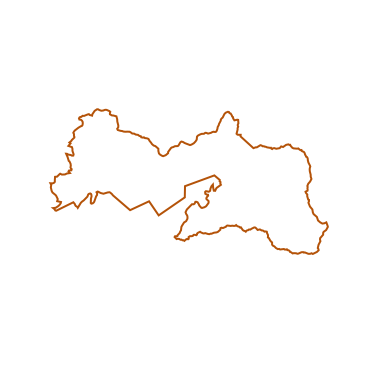 outline of Vale do Anari, Rondônia, Brazil, rotated 221°
{"feature_id": "56859067B14375252511303", "entity_name": "Vale do Anari", "entity_type": "district", "adm_level": 2, "iso_a3": "BRA", "parent_name": "Brazil", "parent_adm1": "Rondônia", "projection": "albers", "projection_center": [-61.937, -9.691], "detail": "fine", "context": "isolated", "style": "outline", "palette": "amber", "viewbox_px": 384, "rotation_deg": 221, "n_neighbors": 0, "source": "geoboundaries", "source_scale": "gbopen_adm2", "svg_char_len": 6095}
<svg xmlns="http://www.w3.org/2000/svg" viewBox="0 0 384 384"><g transform="rotate(221 192 192)"><path d="M298.7,199.5L301.6,198.1L302.6,197.3L304.9,196.8L305.7,197.6L306.3,198.9L307.3,198.9L310.2,198.0L311.0,197.5L311.7,196.7L312.5,195.2L313.8,193.8L315.9,193.0L316.9,192.9L317.9,192.2L318.7,189.4L318.2,185.3L317.5,184.1L319.8,183.0L320.9,183.1L321.6,182.1L323.4,178.6L324.6,177.7L324.8,176.1L325.5,175.4L325.8,174.5L325.6,173.4L324.5,172.8L323.7,173.4L322.9,173.7L321.6,173.6L320.4,173.1L319.2,171.8L318.5,170.5L318.5,169.4L319.0,168.8L319.9,166.0L320.8,161.5L320.7,160.0L320.4,158.8L319.1,158.3L317.8,156.8L317.0,156.5L316.5,155.9L316.8,152.4L316.6,151.4L317.0,148.9L315.6,149.0L315.5,145.7L312.0,147.1L310.5,146.1L309.2,144.6L306.1,142.8L305.5,141.6L306.4,140.7L307.7,140.4L309.9,139.1L311.4,138.8L312.1,138.3L308.9,136.8L305.4,134.6L304.5,134.7L302.1,133.6L300.7,132.3L299.9,130.9L298.7,130.3L297.8,130.3L297.3,129.2L298.9,127.5L298.7,126.5L296.6,126.2L298.6,123.8L299.4,121.9L301.6,119.8L303.5,119.3L303.7,118.0L303.9,115.1L305.3,113.6L303.2,110.8L302.5,110.1L302.1,109.3L302.2,108.4L302.9,107.0L304.6,105.7L302.9,105.0L301.6,102.9L298.7,100.8L297.0,100.1L292.8,100.2L291.7,99.9L288.7,98.6L287.7,96.6L284.3,98.5L283.7,97.4L283.5,95.3L283.7,93.6L284.5,90.7L286.2,88.8L284.8,88.9L283.0,88.4L282.2,88.8L274.8,106.4L272.4,106.0L271.4,105.4L270.6,105.2L268.9,105.5L267.8,105.1L268.8,110.9L268.7,112.5L268.2,114.6L267.9,119.9L268.7,122.0L268.6,122.9L267.9,124.1L267.0,124.3L266.0,123.8L264.9,122.7L263.9,120.7L261.2,117.3L260.3,117.2L259.5,118.3L259.3,119.6L259.4,120.5L261.5,125.8L261.7,127.4L262.6,128.7L263.9,129.2L263.6,130.3L262.9,130.7L260.3,131.3L257.7,132.6L255.3,136.4L254.1,137.7L253.3,137.9L251.0,137.9L249.5,137.6L226.8,137.7L218.3,156.8L201.8,152.5L193.9,183.2L201.1,191.8L186.0,219.2L178.9,219.3L178.2,218.2L177.0,218.2L176.2,217.0L174.9,216.4L176.1,211.3L175.9,210.0L175.3,208.1L176.4,207.3L179.3,209.5L181.1,211.3L181.1,209.1L180.3,206.7L179.1,204.8L179.5,203.2L181.4,202.2L182.1,201.6L182.1,200.6L180.8,199.4L179.0,199.8L178.1,200.4L177.4,199.8L177.4,197.7L177.1,196.7L176.3,196.1L173.8,196.1L172.9,195.4L172.3,194.4L172.0,190.5L172.6,188.7L174.0,186.5L174.8,186.2L177.7,186.6L178.8,187.2L181.1,187.9L182.4,187.4L183.0,186.8L182.4,185.0L182.7,183.8L184.0,182.7L184.4,175.4L183.6,172.5L182.0,171.6L180.2,171.1L179.0,170.2L177.9,168.8L177.3,166.1L178.0,163.8L177.4,160.0L177.1,158.7L175.2,155.9L174.9,154.3L174.4,153.0L174.5,150.0L174.1,149.1L175.8,147.4L175.6,146.6L172.7,146.4L172.1,147.3L170.8,148.2L169.4,148.4L168.7,149.2L167.5,149.3L166.8,150.0L165.7,150.1L165.4,152.3L164.9,153.4L164.0,153.7L163.8,154.5L165.0,155.9L164.5,157.4L163.4,158.3L162.6,159.3L162.7,160.7L161.7,161.6L160.4,162.2L160.3,163.1L160.9,164.0L160.7,165.2L159.8,167.3L158.6,167.4L156.4,168.1L155.6,168.8L155.1,169.6L152.2,170.9L151.2,171.6L150.6,172.8L149.9,173.3L148.7,175.7L146.9,177.7L146.3,178.9L145.9,182.1L146.8,183.4L146.3,184.4L145.0,185.1L143.6,188.0L143.7,189.1L143.3,189.9L140.5,191.8L139.5,193.0L138.5,193.6L137.3,194.7L137.0,196.0L135.5,195.9L133.3,196.8L132.3,196.7L131.9,197.4L128.7,196.6L127.6,196.7L126.6,197.2L125.4,197.3L125.5,198.1L125.3,199.1L124.6,200.0L124.4,201.1L123.3,201.9L123.0,203.2L121.8,206.1L120.9,206.7L119.6,206.7L117.6,206.4L116.2,208.3L114.2,208.7L113.5,209.3L112.5,209.6L111.3,209.6L110.5,210.6L109.5,211.1L108.4,210.2L106.5,209.4L105.8,208.7L104.9,207.5L103.9,207.7L101.2,206.7L99.4,206.4L98.5,206.5L97.0,204.8L95.5,204.6L94.2,205.0L91.9,204.8L89.8,205.2L88.8,206.3L87.8,206.4L85.2,209.3L84.4,209.3L83.4,210.1L82.8,211.0L81.9,210.7L80.9,211.4L79.5,211.5L78.7,211.1L77.9,211.5L75.7,211.7L75.1,212.6L73.2,214.1L72.0,214.5L71.3,215.3L69.9,218.3L68.6,219.6L67.7,219.7L67.3,220.4L63.6,221.7L62.2,223.0L61.6,224.2L60.2,224.5L58.4,228.7L58.2,231.1L59.2,231.9L60.3,232.2L61.9,235.3L62.8,239.1L64.1,240.0L65.0,241.2L65.0,245.8L66.2,247.2L66.5,248.3L65.8,251.3L66.6,254.8L67.4,255.4L70.7,257.2L71.6,255.2L72.9,253.7L75.3,253.2L78.2,253.2L81.4,255.1L85.7,255.1L87.3,255.8L89.7,257.8L93.4,258.4L97.1,260.3L97.7,261.9L98.6,262.8L99.3,262.5L102.4,264.5L103.3,265.7L105.5,266.1L106.5,266.7L105.7,268.8L106.4,269.8L107.3,270.5L108.0,271.7L108.9,272.2L109.7,274.5L109.7,277.3L110.4,280.2L112.4,281.4L113.9,283.0L116.4,284.7L117.7,285.9L118.7,287.2L119.5,288.9L120.5,289.4L123.5,290.6L125.6,292.1L126.2,292.8L127.0,293.4L128.2,293.8L129.0,293.5L130.1,294.1L131.2,294.4L132.2,295.1L133.1,295.5L133.9,295.6L135.8,295.0L136.9,295.5L137.4,294.8L138.5,294.6L140.4,294.6L140.9,293.8L143.9,291.6L145.2,291.2L147.6,291.5L148.9,292.0L149.4,291.4L150.5,291.2L151.9,289.3L152.8,285.7L154.6,284.9L154.6,282.6L156.8,279.9L158.7,279.1L159.6,278.0L159.7,277.0L160.5,276.8L161.4,277.2L162.1,276.5L164.7,274.9L166.1,274.5L166.9,273.9L167.8,273.7L168.6,272.9L170.1,272.7L171.1,272.2L172.4,268.2L173.3,267.4L174.4,265.4L191.8,265.8L192.8,267.1L194.3,265.8L195.3,265.1L196.6,265.2L198.5,269.0L199.5,270.1L200.0,271.6L201.0,272.1L201.7,273.0L202.0,274.2L204.5,276.7L205.3,276.2L207.0,273.9L209.2,274.5L210.1,275.4L211.2,275.3L212.1,275.9L214.4,276.6L215.4,276.1L216.7,276.6L217.6,276.0L218.6,273.9L218.7,272.1L217.7,268.4L217.9,266.6L217.7,265.5L217.1,264.7L216.2,260.9L215.7,260.1L215.2,257.8L214.3,256.4L213.6,254.7L213.4,253.8L213.5,252.9L214.4,252.1L215.3,251.6L216.0,250.5L216.5,249.1L218.2,246.6L219.8,246.1L220.8,245.4L221.2,243.7L222.9,242.2L223.9,240.2L224.6,238.2L224.5,237.0L222.8,234.6L222.5,232.5L222.6,230.0L223.5,227.4L224.3,226.1L229.5,224.2L231.7,223.8L233.1,223.1L233.4,221.9L232.7,218.2L232.9,217.3L234.9,215.4L235.7,213.5L236.5,212.3L236.7,211.3L236.3,206.6L235.5,205.6L236.0,202.5L237.3,200.1L238.3,199.7L240.4,199.3L242.2,199.4L244.3,200.9L245.8,202.6L249.7,202.6L251.5,201.9L253.6,201.9L255.4,202.4L257.4,202.7L259.7,203.5L261.3,202.9L262.9,201.8L264.2,201.7L264.6,200.9L266.2,200.0L267.2,200.5L268.4,199.8L270.2,199.7L272.2,198.4L273.9,198.1L275.5,196.9L277.5,196.8L278.7,196.5L280.5,195.0L282.0,193.6L283.5,192.6L284.5,192.3L286.2,191.2L288.7,190.1L289.9,190.6L290.1,192.4L291.3,193.9L294.5,196.1L296.3,197.9L298.7,199.5Z" fill="none" stroke="#b45309" stroke-width="2"/></g></svg>